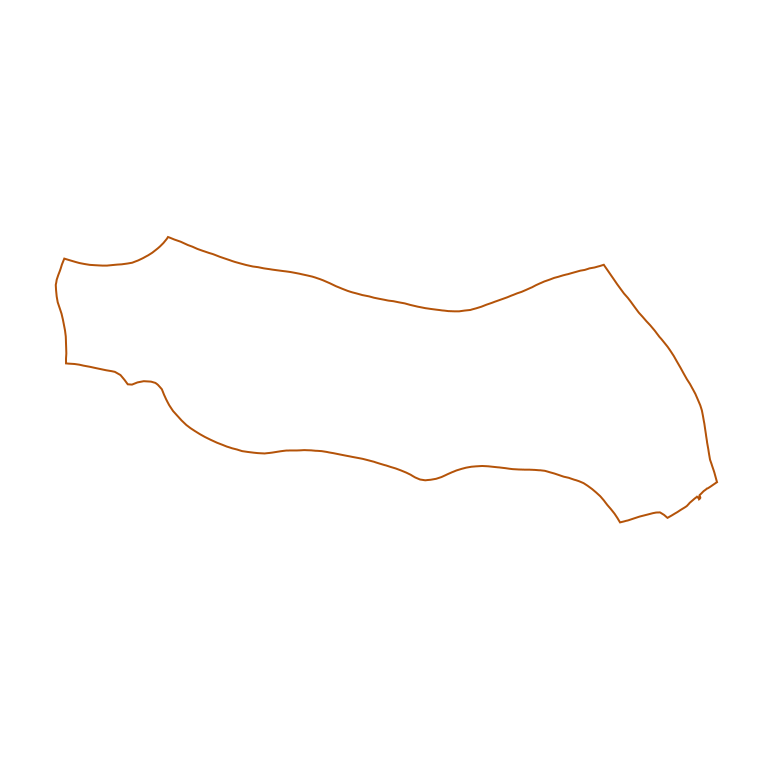 Ghayl Bawazir, Hadramawt, Yemen, rotated 349°
{"feature_id": "15242507B58330676723626", "entity_name": "Ghayl Bawazir", "entity_type": "district", "adm_level": 2, "iso_a3": "YEM", "parent_name": "Yemen", "parent_adm1": "Hadramawt", "projection": "natural_earth1", "projection_center": [49.096, 14.883], "detail": "fine", "context": "isolated", "style": "outline", "palette": "amber", "viewbox_px": 768, "rotation_deg": 349, "n_neighbors": 0, "source": "geoboundaries", "source_scale": "gbopen_adm2", "svg_char_len": 6032}
<svg xmlns="http://www.w3.org/2000/svg" viewBox="0 0 768 768"><g transform="rotate(349 384 384)"><path d="M622.5,308.9L618.2,309.4L616.4,309.5L612.9,309.8L607.6,309.7L606.4,309.9L602.9,310.3L602.2,310.3L598.3,310.2L593.6,310.6L592.2,310.7L588.6,311.0L585.3,311.3L584.1,311.3L580.6,311.5L576.6,311.9L576.0,312.0L571.4,312.3L569.6,312.6L566.8,313.1L562.7,313.7L561.1,313.9L557.2,314.8L556.6,314.9L552.0,316.0L547.4,317.4L546.7,317.5L541.6,318.7L536.6,319.8L532.0,320.4L527.9,321.2L526.6,321.4L525.5,321.6L521.6,322.4L516.4,323.2L515.0,323.4L510.4,324.1L508.9,324.3L505.5,324.9L499.7,325.7L494.4,326.7L488.9,327.3L484.7,327.6L482.9,327.8L477.2,327.3L471.6,327.0L467.0,326.1L461.0,324.7L457.0,323.4L455.2,322.9L452.6,322.0L449.2,320.9L447.4,320.3L443.8,319.1L440.7,318.0L439.2,317.5L434.3,315.5L431.8,314.5L429.6,313.5L424.9,311.4L419.7,308.8L415.3,307.1L413.8,306.5L409.0,304.5L408.7,304.4L404.6,303.1L403.3,302.6L400.2,301.3L397.2,300.1L395.7,299.5L390.6,297.4L386.2,295.2L380.3,292.8L379.5,292.5L379.2,292.3L374.8,290.1L372.3,288.9L370.4,288.0L368.7,287.1L366.0,285.6L363.0,283.7L361.1,282.5L358.7,280.9L355.6,278.9L350.1,274.8L344.0,270.6L341.1,268.8L338.8,267.5L336.9,266.4L334.1,264.9L329.4,262.8L323.8,260.4L322.5,259.8L318.8,258.3L314.5,256.6L313.2,256.1L309.1,254.7L307.2,254.1L304.8,253.3L300.6,251.9L295.9,250.3L294.3,249.7L291.7,248.8L288.0,247.5L282.7,245.3L277.6,243.6L271.2,240.8L265.3,237.9L260.9,235.7L258.2,234.2L256.2,233.0L251.8,230.5L247.1,227.8L241.9,224.5L240.4,223.6L237.3,222.0L233.3,219.7L231.5,218.7L226.6,215.8L222.2,212.7L217.9,210.1L217.5,209.8L211.5,205.5L205.8,202.2L201.7,199.5L200.0,198.5L198.6,200.0L194.4,203.5L190.4,206.2L188.0,207.6L185.7,208.8L181.6,210.9L177.0,212.7L175.3,213.2L171.3,214.5L166.2,215.8L165.7,215.9L163.8,216.2L160.0,216.9L155.2,216.8L150.0,216.5L149.6,216.5L145.0,215.9L139.9,215.4L134.5,214.9L130.6,214.1L129.6,213.9L128.0,213.5L124.0,212.5L117.9,210.9L113.0,209.1L108.5,207.3L107.4,206.8L104.2,205.2L101.7,203.9L99.0,202.5L95.4,200.6L94.1,199.9L92.6,202.2L90.6,205.3L88.8,208.7L88.0,210.1L87.3,211.3L85.1,214.8L82.6,219.2L81.7,221.7L80.7,224.1L80.0,229.3L79.4,235.6L79.3,241.5L80.2,248.2L80.9,253.7L80.9,254.4L81.1,259.5L81.1,260.8L81.1,264.7L81.1,270.5L80.9,273.4L80.7,276.5L80.2,279.8L79.8,282.2L78.9,287.9L78.0,293.4L76.7,298.4L75.8,303.1L77.2,303.5L77.8,303.7L84.0,305.3L88.6,306.9L92.9,308.8L93.5,309.0L94.2,309.3L98.6,311.0L103.0,312.9L108.2,315.1L113.9,317.5L119.0,319.4L120.9,320.2L122.1,320.7L127.0,324.9L130.1,330.5L132.4,335.4L136.5,336.5L142.3,335.4L148.7,335.4L155.7,337.2L159.8,339.3L161.1,340.7L162.0,341.8L164.9,346.7L165.0,347.1L166.0,352.4L167.2,357.4L168.0,360.2L169.1,363.8L171.2,368.9L171.8,370.3L172.1,370.8L174.5,374.8L178.3,381.1L182.2,386.6L183.2,387.7L185.6,390.4L189.5,394.2L193.7,398.1L198.2,401.9L203.2,405.7L208.9,409.8L213.2,412.5L213.7,412.8L217.7,415.4L220.5,416.9L222.6,418.1L227.5,420.4L228.0,420.7L231.9,422.8L237.3,424.7L242.2,426.3L243.1,426.6L247.1,427.8L253.5,429.4L256.1,429.6L258.1,429.8L261.1,430.0L264.0,430.1L269.9,430.3L273.1,430.5L275.6,430.7L280.5,431.6L282.7,432.0L285.1,432.5L288.2,433.0L293.3,433.7L295.3,434.2L299.7,435.2L304.5,436.6L305.5,436.8L310.0,438.0L315.2,439.9L316.8,440.6L321.3,442.3L327.6,444.9L333.5,447.3L336.3,448.4L339.2,449.6L344.8,451.8L348.3,453.2L349.2,453.6L354.9,456.3L357.8,457.7L359.3,458.4L361.0,459.4L364.7,461.4L369.1,463.7L370.4,464.3L374.9,466.8L379.3,469.1L384.2,472.1L388.9,475.2L392.9,478.2L394.5,479.7L396.8,481.7L401.1,484.6L406.1,486.4L408.6,486.6L411.5,486.9L417.1,487.0L422.7,486.3L426.8,485.3L429.5,484.6L431.3,484.2L433.9,483.6L435.6,483.3L438.5,482.7L444.1,482.1L448.7,481.8L454.1,481.9L458.7,482.4L463.9,483.1L465.1,483.3L470.7,484.7L475.9,486.3L479.5,487.4L481.3,487.9L482.8,488.4L487.5,489.9L490.6,491.0L494.0,492.1L499.9,493.6L505.2,494.8L510.2,495.8L515.6,497.1L519.9,498.3L520.9,498.5L525.3,499.9L527.1,500.8L530.0,502.3L530.4,502.5L534.2,504.4L538.6,506.9L541.2,508.4L542.8,509.3L547.6,511.4L548.4,511.9L552.4,514.2L554.2,515.1L557.0,516.7L561.0,519.4L564.0,522.3L564.6,522.9L568.3,526.9L571.5,530.9L574.4,534.8L574.7,535.2L575.2,536.0L577.6,540.2L578.8,542.7L580.1,545.3L582.8,550.0L585.1,554.4L585.5,555.2L585.6,555.4L587.6,560.2L588.2,561.9L589.3,564.9L593.4,564.7L595.7,564.5L597.1,564.5L598.0,564.4L604.1,563.6L609.7,562.9L618.6,562.4L623.2,562.1L626.6,562.1L630.4,562.7L631.2,563.4L634.0,566.0L636.4,569.1L636.8,569.5L638.8,568.8L641.2,568.0L645.0,566.6L647.6,565.7L651.2,564.2L655.8,562.5L657.7,561.7L658.7,561.1L659.0,560.8L660.7,559.6L661.2,559.1L664.9,557.0L666.6,556.0L668.7,554.9L668.9,554.9L669.0,554.9L669.7,554.5L669.8,554.4L669.9,554.5L670.5,555.3L670.7,555.8L671.0,556.2L671.2,556.4L671.3,556.5L671.4,556.4L671.4,556.2L671.1,556.0L670.9,555.8L670.8,555.6L670.9,555.4L671.2,555.3L672.0,554.8L672.3,554.9L672.5,554.9L672.5,555.0L672.5,555.3L672.6,555.5L672.6,555.9L672.5,556.1L672.4,556.2L672.4,556.3L672.2,556.4L671.6,556.9L671.3,557.1L671.3,557.3L671.6,557.2L672.3,556.6L672.6,556.4L672.8,556.0L672.8,555.6L672.7,554.7L672.4,553.7L672.6,553.3L674.8,551.9L676.5,550.7L677.4,550.1L678.3,549.7L679.6,549.1L681.0,548.3L681.2,548.2L681.4,548.3L682.2,548.1L685.2,546.9L689.3,545.1L690.3,544.7L690.6,544.5L691.0,544.3L691.3,544.3L691.5,544.2L692.2,543.9L692.1,543.3L692.1,543.0L692.0,541.9L691.4,534.0L691.2,532.2L690.4,526.4L690.3,525.3L689.6,520.5L689.7,515.3L689.8,512.2L689.9,509.9L690.0,502.8L690.1,501.9L690.3,496.4L690.4,495.0L690.6,490.2L690.7,488.0L690.9,483.9L690.9,481.8L691.0,475.8L691.0,470.6L690.4,465.3L688.9,458.3L688.1,454.7L687.8,453.3L686.1,447.8L685.9,447.3L684.4,442.5L682.2,437.0L680.0,430.4L678.0,424.1L677.8,423.6L677.6,423.0L675.5,416.9L673.8,411.8L671.4,405.9L669.7,402.0L669.2,401.0L666.2,395.3L664.7,392.5L663.3,390.2L659.9,383.2L656.5,377.1L655.0,374.7L653.6,372.5L652.0,369.7L650.8,367.6L647.7,362.5L644.6,356.0L642.4,351.3L642.0,350.4L639.8,346.0L636.8,340.9L635.1,337.3L634.3,335.6L631.9,330.5L631.0,328.4L629.7,325.4L627.6,320.6L625.3,315.3L622.9,309.9L622.7,309.3L622.5,308.9Z" fill="none" stroke="#b45309" stroke-width="2"/></g></svg>